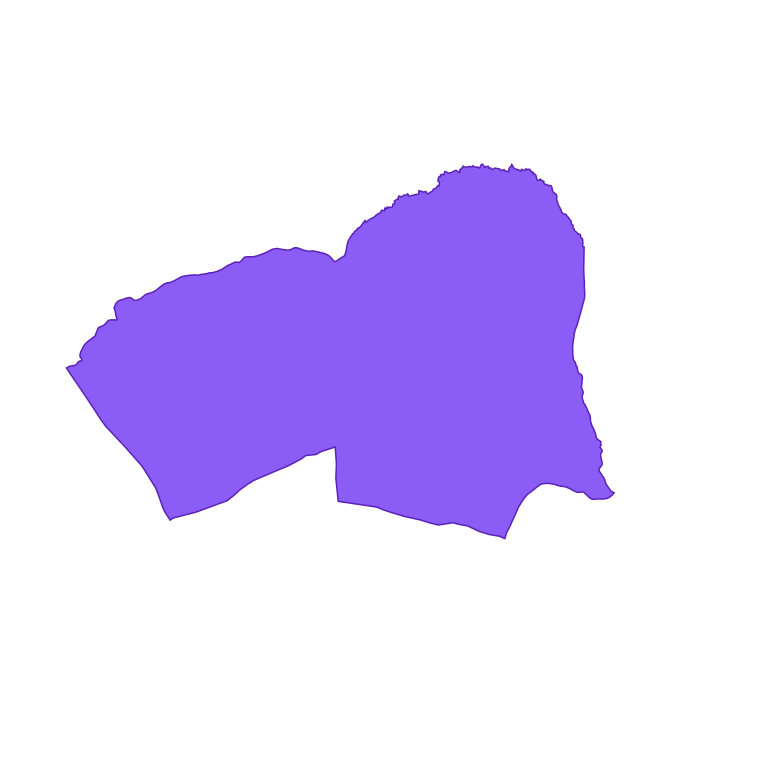 Basedth, Kâmpóng Spœ, Cambodia, rotated 143°
{"feature_id": "14789045B19080448821327", "entity_name": "Basedth", "entity_type": "district", "adm_level": 2, "iso_a3": "KHM", "parent_name": "Cambodia", "parent_adm1": "Kâmpóng Spœ", "projection": "robinson", "projection_center": [104.498, 11.199], "detail": "fine", "context": "isolated", "style": "filled", "palette": "violet", "viewbox_px": 768, "rotation_deg": 143, "n_neighbors": 0, "source": "geoboundaries", "source_scale": "gbopen_adm2", "svg_char_len": 6171}
<svg xmlns="http://www.w3.org/2000/svg" viewBox="0 0 768 768"><g transform="rotate(143 384 384)"><path d="M380.5,187.8L375.9,191.3L368.9,194.7L364.7,197.0L359.6,199.7L350.1,205.0L341.6,208.2L335.9,209.5L328.8,209.5L322.3,209.7L318.4,209.4L313.5,206.6L309.0,202.2L305.0,196.7L300.8,192.5L298.3,188.2L297.3,185.6L295.1,181.5L293.9,180.5L292.3,179.4L290.5,178.5L289.8,177.9L289.1,174.8L288.2,169.1L287.4,167.1L286.1,165.7L283.8,164.4L282.7,163.8L281.5,162.9L278.8,160.6L274.6,158.3L271.3,157.8L268.3,158.0L265.7,158.6L267.2,161.8L266.9,170.4L265.0,176.0L264.7,180.8L264.5,184.7L263.6,186.7L258.6,188.2L257.2,189.7L254.6,195.7L253.9,196.8L252.6,198.1L250.8,198.5L249.6,200.0L249.5,203.8L248.6,204.2L247.4,204.4L247.2,205.7L245.5,207.3L246.4,210.3L246.8,211.6L246.6,213.8L245.0,216.9L243.6,222.1L243.0,225.7L241.4,230.0L239.1,233.5L238.3,235.4L237.5,239.7L236.9,241.7L235.9,246.7L236.1,248.0L234.6,252.2L234.0,254.0L232.9,255.0L231.4,256.3L230.4,256.8L229.6,258.0L228.6,261.9L227.1,264.0L225.9,264.9L224.4,266.9L222.5,268.7L221.5,270.0L220.7,272.3L221.3,274.0L221.9,274.9L221.6,277.0L220.9,278.9L219.9,280.6L219.3,282.1L219.6,283.2L218.4,285.4L218.2,286.9L218.3,288.2L218.0,289.4L217.0,291.2L215.7,293.6L213.6,296.4L211.9,299.0L209.0,302.4L206.3,305.1L203.8,307.5L202.1,309.4L198.6,312.3L195.1,314.4L191.0,317.3L187.8,319.8L183.4,323.2L176.2,328.8L173.2,331.1L170.8,333.4L168.7,336.2L166.0,340.4L162.5,344.9L160.9,347.6L155.2,355.8L153.4,358.1L141.7,373.0L142.4,374.4L141.6,375.7L140.5,376.4L140.0,377.7L138.6,379.4L138.1,380.9L138.7,382.4L137.9,383.8L137.3,385.1L137.8,386.0L138.6,387.1L138.8,388.9L139.1,390.1L139.6,391.7L138.9,393.7L139.0,394.8L138.2,396.2L137.5,396.9L138.1,398.6L137.3,400.3L136.6,401.4L136.7,403.2L136.5,406.1L136.9,408.3L136.4,409.4L137.5,411.1L138.5,412.2L138.6,414.6L137.8,416.7L137.3,419.8L137.1,421.6L135.7,425.9L134.9,427.8L133.5,429.3L132.7,430.3L132.4,432.3L133.1,433.9L133.3,436.1L132.6,438.1L131.8,439.4L131.3,441.5L132.1,442.9L133.4,443.5L133.7,444.7L134.9,446.3L135.4,447.3L135.3,448.9L134.4,449.5L135.1,451.1L136.1,452.1L135.7,453.4L137.8,453.7L138.9,454.5L138.3,456.7L137.4,458.4L136.9,460.2L138.5,462.2L137.5,462.8L138.6,465.7L138.2,466.6L138.7,468.1L139.8,468.8L141.0,469.4L141.1,470.4L143.4,470.2L144.4,471.6L145.0,472.7L146.6,471.6L147.0,472.5L147.6,474.0L148.1,474.8L149.7,476.6L150.3,478.6L149.8,482.4L152.3,481.2L153.6,481.2L154.9,480.4L156.8,478.6L158.0,480.2L159.3,481.5L159.1,482.9L161.0,483.8L162.3,484.1L162.1,485.9L164.2,488.3L165.7,489.8L168.3,489.9L168.8,491.3L168.9,492.5L170.4,493.3L169.7,495.0L171.7,496.4L173.0,496.1L173.3,497.6L173.0,498.8L172.9,499.9L173.7,500.8L175.7,500.1L177.5,498.8L178.5,500.2L178.9,501.3L180.2,501.8L181.4,503.4L181.5,504.7L183.0,504.5L184.4,505.9L186.7,507.2L187.9,507.5L189.1,508.9L189.6,510.4L190.9,509.7L194.6,509.4L195.8,507.6L196.8,507.6L197.1,509.4L197.9,511.2L200.0,511.9L203.3,512.4L205.8,513.8L206.8,516.3L207.7,517.0L208.7,516.2L210.4,515.1L211.3,516.4L212.9,517.1L214.1,515.6L215.1,516.4L216.0,516.2L217.9,514.6L218.8,513.4L218.3,512.1L219.6,509.8L220.5,509.1L221.2,510.1L222.5,509.8L223.9,509.3L225.5,509.2L227.2,509.9L229.4,508.8L231.5,509.3L233.1,509.1L234.9,509.8L234.7,511.7L234.8,512.7L236.3,513.1L237.2,513.7L238.4,515.8L240.0,517.3L240.9,516.4L241.9,514.8L243.2,515.2L244.2,516.2L245.2,516.5L247.4,517.3L248.4,518.0L250.4,518.3L251.1,519.6L250.5,520.6L250.9,521.8L252.1,521.3L253.6,522.2L254.3,522.9L256.1,522.6L257.9,523.5L258.9,525.2L260.3,524.5L261.5,523.0L262.1,523.6L263.0,523.6L264.0,523.9L265.0,523.6L265.8,523.9L266.2,522.4L267.3,521.5L268.5,522.3L270.2,520.8L271.3,520.3L273.3,522.0L274.2,522.5L275.4,523.4L275.5,522.3L277.1,522.9L277.6,523.9L278.6,522.7L279.5,522.2L280.5,523.6L281.5,524.2L283.3,523.2L284.8,523.1L287.4,523.6L289.3,523.6L290.4,523.1L291.6,523.3L294.9,523.9L297.3,524.1L301.3,524.2L300.8,526.0L302.4,525.6L307.8,523.9L309.8,523.7L311.4,524.2L313.7,523.3L315.5,523.6L317.4,522.5L318.4,522.9L323.7,521.0L326.7,519.7L329.6,517.4L332.4,514.7L335.5,512.1L338.2,510.2L345.0,510.8L347.8,510.7L349.5,511.2L350.1,513.0L350.3,515.8L350.7,519.3L351.8,522.0L353.5,524.7L358.0,530.1L359.6,531.8L361.1,533.5L363.8,534.9L365.2,536.4L368.3,540.0L369.4,542.2L370.8,544.2L372.3,545.9L374.0,546.8L377.3,547.4L378.5,547.8L380.8,549.1L381.7,550.3L383.1,551.6L385.1,553.6L387.8,556.6L392.0,558.8L400.0,560.2L404.8,561.6L408.6,562.8L412.5,564.7L415.5,567.1L418.6,569.1L421.3,568.9L424.1,568.1L426.7,568.4L429.2,570.8L431.9,571.5L434.8,572.0L437.2,572.7L441.0,573.0L443.9,573.0L446.9,573.8L449.7,574.4L453.7,576.0L456.6,577.9L459.1,578.8L462.0,580.3L464.5,581.8L466.8,582.7L469.8,585.2L473.9,587.9L479.3,590.8L482.1,591.7L485.5,592.1L489.9,592.8L492.1,593.3L494.3,594.1L495.4,594.9L499.1,596.2L505.2,596.2L510.0,596.0L514.2,596.7L518.6,598.4L520.4,598.9L523.6,598.8L526.9,598.6L530.8,599.6L533.4,601.3L533.8,604.1L534.5,605.2L535.3,606.3L537.5,607.4L542.2,608.9L545.3,610.1L547.1,610.2L548.9,609.9L551.0,608.9L552.3,608.1L553.9,607.2L553.9,606.2L556.1,601.4L556.8,600.4L557.4,598.8L557.4,597.6L559.0,596.1L563.4,599.5L566.0,600.7L567.3,600.4L570.7,599.7L572.4,599.6L573.6,599.8L575.5,600.2L576.9,600.7L578.3,600.8L581.2,599.2L583.6,597.7L585.2,596.4L586.6,596.2L593.5,596.2L596.3,596.1L599.3,595.6L601.7,594.8L603.7,593.6L605.4,592.9L607.5,591.7L609.7,589.8L610.4,588.3L610.5,585.9L611.0,584.7L612.8,585.1L613.8,585.7L615.6,585.5L617.0,584.9L618.5,584.6L620.8,585.5L622.0,586.1L623.1,586.8L624.4,587.3L625.7,587.6L628.0,587.9L628.7,574.8L629.7,554.5L630.6,539.6L631.6,525.0L631.7,517.4L630.9,510.5L628.6,488.8L626.7,464.6L627.2,457.2L628.3,445.5L628.8,439.1L630.0,434.3L635.1,418.2L636.1,413.0L636.7,404.0L635.6,403.8L633.7,404.0L630.7,402.9L611.3,394.8L591.3,388.8L579.5,385.2L570.4,385.4L562.6,386.2L552.4,386.0L550.6,385.7L546.6,385.5L538.6,383.6L530.4,381.5L520.2,379.0L509.8,376.3L494.9,373.9L489.7,374.0L480.7,368.6L474.6,367.8L470.0,366.2L464.2,364.2L460.9,363.0L469.9,349.1L479.3,337.5L491.2,317.8L465.5,291.8L462.9,288.6L460.9,284.9L455.1,276.4L447.6,266.2L437.0,253.8L431.9,246.7L430.3,244.6L425.5,238.7L412.2,231.6L409.2,227.4L402.7,220.4L396.5,208.7L390.6,200.5L383.4,192.9L381.2,188.8L380.5,187.8Z" fill="#8b5cf6" stroke="#5b21b6" stroke-width="1.5"/></g></svg>